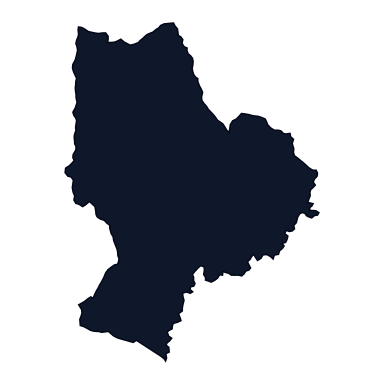 the district of São Pedro do Turvo, São Paulo, Brazil
{"feature_id": "56859067B64478700052962", "entity_name": "São Pedro do Turvo", "entity_type": "district", "adm_level": 2, "iso_a3": "BRA", "parent_name": "Brazil", "parent_adm1": "São Paulo", "projection": "orthographic", "projection_center": [-49.764, -22.69], "detail": "fine", "context": "isolated", "style": "filled", "palette": "ink", "viewbox_px": 384, "rotation_deg": 0, "n_neighbors": 0, "source": "geoboundaries", "source_scale": "gbopen_adm2", "svg_char_len": 3952}
<svg xmlns="http://www.w3.org/2000/svg" viewBox="0 0 384 384"><path d="M134.0,44.3L130.3,45.2L124.4,42.2L120.8,39.2L117.5,41.0L114.4,42.2L110.6,42.5L107.6,42.5L108.1,39.5L108.1,36.2L105.6,32.9L102.2,33.0L98.3,33.5L94.9,33.0L88.4,31.6L84.1,28.7L81.4,27.4L78.5,27.0L78.1,30.0L78.6,34.4L77.9,37.3L76.7,40.0L75.9,43.6L76.9,46.2L77.6,50.3L76.6,54.9L75.3,59.9L72.8,64.5L72.5,68.1L73.5,71.6L75.4,75.8L76.6,78.3L75.8,81.6L75.7,84.2L75.3,87.9L75.5,91.0L76.0,94.1L76.1,97.8L77.1,102.5L75.3,107.9L72.9,112.2L73.8,115.2L75.9,118.3L76.6,120.8L76.1,123.5L75.6,127.7L75.9,130.4L74.4,134.9L74.2,137.6L74.6,141.1L74.7,143.9L76.0,146.3L75.9,149.8L73.1,154.7L72.9,157.7L74.2,160.5L72.2,162.9L69.4,165.7L65.6,168.2L65.1,172.6L67.8,176.1L71.1,177.0L73.4,180.2L72.9,183.4L72.3,187.5L73.1,192.1L74.7,195.9L73.9,200.0L75.9,203.4L78.9,204.2L82.7,206.6L85.4,204.9L89.4,201.5L92.7,204.5L95.0,206.6L95.7,210.8L96.1,214.6L97.2,216.9L99.9,218.8L104.4,220.4L106.8,223.1L109.8,225.3L109.7,228.0L111.2,233.7L113.1,236.6L113.7,240.6L116.0,246.5L117.1,249.2L117.7,252.4L117.9,255.7L119.0,258.6L118.6,261.6L117.5,264.3L114.5,264.9L111.6,266.9L108.0,269.7L105.7,272.9L103.8,277.5L101.7,281.6L99.7,284.8L98.4,287.6L96.3,291.1L94.5,294.9L93.2,298.2L90.8,296.9L87.7,298.9L85.5,300.8L83.0,302.4L78.7,304.8L81.7,309.7L82.0,312.9L81.2,315.9L79.8,319.4L80.3,325.5L83.3,326.4L85.9,327.7L90.8,330.4L93.9,331.2L98.7,331.5L101.8,332.3L108.4,331.4L113.2,335.6L116.4,337.4L119.4,338.5L133.2,342.4L136.4,340.3L160.6,356.0L163.9,358.6L165.6,361.0L166.6,358.0L165.8,353.6L169.2,352.1L168.8,347.3L166.0,345.1L167.2,342.7L169.4,341.1L171.7,338.2L168.6,336.1L167.2,332.0L169.2,330.3L172.1,328.9L172.4,325.8L173.3,323.4L177.6,322.2L181.0,320.6L180.0,317.5L178.5,313.7L182.3,311.0L182.3,308.2L182.9,304.7L184.0,300.4L183.0,296.7L182.6,293.1L186.6,292.0L190.2,293.3L192.7,291.8L189.9,289.4L190.8,286.7L193.7,286.2L195.0,283.6L193.6,280.7L193.6,277.1L192.4,274.5L194.8,271.5L198.3,267.7L200.8,265.6L204.1,266.9L204.4,270.1L203.7,274.6L205.6,277.5L205.5,280.1L208.3,281.0L211.2,282.1L214.7,280.3L217.6,278.1L219.7,274.7L222.5,275.2L223.0,271.3L225.2,272.4L228.6,273.2L231.3,275.1L234.5,275.2L238.3,275.1L241.7,275.9L244.2,273.7L245.7,271.1L248.8,270.1L250.6,268.0L248.9,264.8L247.5,261.7L250.1,259.3L251.5,256.8L253.7,254.2L255.6,257.6L257.5,260.4L260.9,258.4L263.0,254.8L267.0,254.6L270.4,256.5L273.1,259.0L274.3,255.1L278.5,254.3L279.5,250.9L282.2,248.6L284.1,246.0L282.0,243.4L285.6,242.4L287.0,239.6L287.9,236.1L284.6,233.5L286.3,230.4L289.3,231.5L292.3,230.9L294.5,228.8L293.7,225.5L296.3,222.7L297.6,217.3L299.7,213.7L302.2,212.6L304.8,213.2L306.5,215.7L308.7,216.9L311.7,217.9L314.6,215.5L317.5,215.1L318.9,212.7L315.8,210.7L312.1,210.5L309.6,210.5L309.9,207.5L311.8,206.0L313.1,203.7L310.1,203.0L307.7,202.3L308.8,199.3L310.2,195.8L309.9,192.0L310.7,189.6L312.7,187.9L315.3,185.1L313.2,182.2L314.4,179.1L317.1,176.2L317.5,173.1L316.1,170.2L313.2,170.3L310.9,169.1L308.9,167.8L305.8,164.9L302.6,162.1L300.1,160.1L297.4,157.9L294.4,155.7L293.4,152.4L293.8,148.8L292.2,143.5L293.5,139.3L290.7,136.8L290.0,133.4L286.0,134.0L283.4,133.5L281.1,131.0L278.3,130.2L274.3,130.2L270.5,127.8L267.5,124.5L266.7,122.1L265.2,119.0L261.3,117.3L258.0,116.3L255.0,116.0L252.3,115.6L248.8,114.6L244.7,113.9L241.5,113.5L238.8,116.5L236.4,119.0L232.6,120.9L230.3,124.7L229.8,128.7L229.0,132.6L226.6,130.0L224.5,126.4L222.8,123.9L219.7,121.7L217.5,120.3L215.2,116.9L212.8,114.0L210.4,111.6L208.2,109.2L206.5,106.3L204.2,103.8L201.9,100.5L201.5,97.3L202.6,92.4L201.2,89.0L199.6,86.2L197.8,81.6L197.8,78.6L195.5,77.1L193.7,74.5L192.7,71.4L192.2,68.6L192.9,64.4L193.1,61.3L192.5,58.3L190.6,55.8L188.2,53.9L186.9,50.6L187.1,48.0L184.1,46.7L182.0,43.3L182.8,39.6L180.8,36.8L178.4,35.6L178.0,33.0L177.4,28.8L175.0,26.0L173.5,23.0L170.2,23.3L164.1,23.9L160.6,25.5L158.8,27.8L156.2,29.4L152.8,32.2L149.2,33.6L146.8,34.7L144.9,36.4L142.6,38.6L140.2,40.5L138.4,42.6L134.0,44.3Z" fill="#0f172a" stroke="#020617" stroke-width="1.5"/></svg>